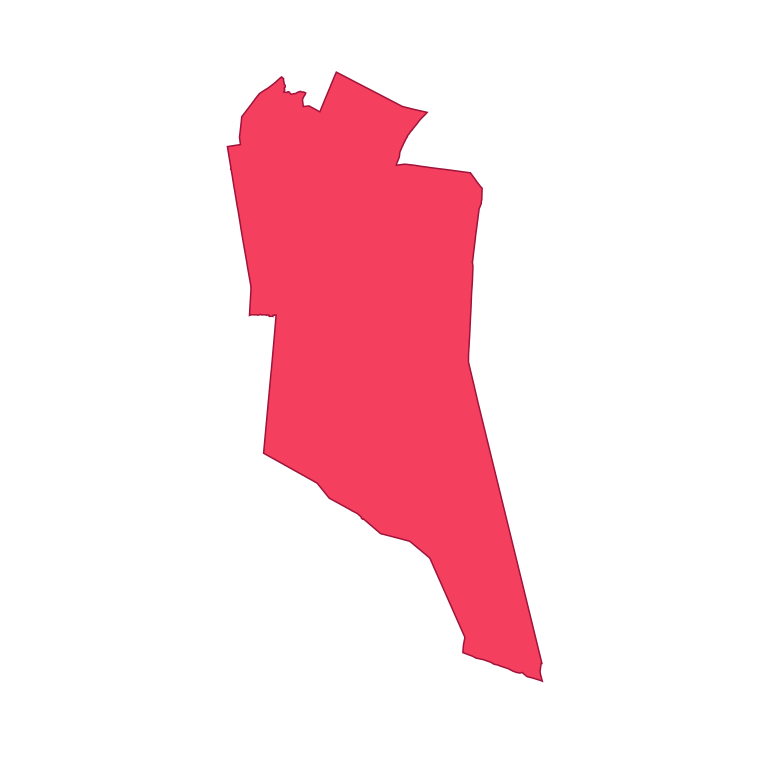 the district of Istria, Constanta, Romania, rotated 80°
{"feature_id": "2599482B58172881706540", "entity_name": "Istria", "entity_type": "district", "adm_level": 2, "iso_a3": "ROU", "parent_name": "Romania", "parent_adm1": "Constanta", "projection": "robinson", "projection_center": [28.695, 44.556], "detail": "fine", "context": "isolated", "style": "filled", "palette": "rose", "viewbox_px": 768, "rotation_deg": 80, "n_neighbors": 0, "source": "geoboundaries", "source_scale": "gbopen_adm2", "svg_char_len": 4802}
<svg xmlns="http://www.w3.org/2000/svg" viewBox="0 0 768 768"><g transform="rotate(80 384 384)"><path d="M704.1,279.7L696.9,280.3L694.0,280.2L686.4,277.7L686.6,277.0L419.3,294.6L402.6,295.5L397.4,295.8L382.2,296.7L378.0,296.9L377.1,297.0L374.9,296.6L369.6,295.6L366.1,294.8L362.6,293.9L356.4,292.5L353.3,291.7L350.2,291.0L336.4,287.9L330.6,286.6L327.3,285.8L321.4,284.5L318.6,283.9L311.7,282.4L308.2,281.6L305.9,281.0L303.9,280.5L300.5,279.7L297.0,278.8L296.9,278.8L284.1,276.1L282.9,275.9L281.4,275.9L280.0,275.8L279.6,276.0L278.9,275.8L278.9,275.6L278.7,275.5L276.8,274.9L274.4,274.2L270.4,273.0L265.9,271.6L259.9,269.8L256.3,268.7L254.1,268.1L250.1,266.8L248.7,266.4L246.3,265.6L244.1,264.9L240.5,263.8L238.4,263.1L237.0,262.7L232.1,261.2L231.6,261.0L228.7,260.1L228.1,260.0L225.9,258.5L223.4,257.0L220.5,256.2L219.6,255.7L218.4,255.5L212.7,254.3L209.8,253.7L209.5,253.6L209.4,253.6L208.1,253.4L207.7,253.7L206.7,254.4L206.0,254.8L203.7,256.0L201.2,257.3L199.3,258.2L198.7,258.5L198.0,258.8L190.9,262.3L190.9,262.7L189.1,268.3L185.2,280.5L183.1,287.2L181.1,293.8L178.9,300.9L177.6,304.7L177.2,306.1L176.9,307.0L176.6,307.8L176.5,308.4L174.4,314.4L173.7,316.5L173.3,318.0L173.0,318.7L172.9,319.2L172.8,319.7L172.7,319.8L172.6,320.5L171.6,323.5L171.4,324.4L171.1,325.5L171.0,327.3L170.9,328.9L170.8,330.7L170.8,331.7L170.8,332.2L170.8,333.1L170.8,333.4L170.8,333.6L170.7,333.6L170.7,333.8L170.4,333.6L169.5,333.3L168.7,333.0L168.2,332.7L167.2,332.0L166.3,331.4L165.4,330.9L164.0,330.0L163.2,329.6L161.0,328.8L159.2,328.4L157.6,327.6L154.6,325.6L153.8,325.2L152.2,323.9L150.9,323.1L149.2,321.8L145.9,319.4L145.0,318.5L144.8,318.3L144.2,317.9L143.6,317.6L143.2,317.3L142.8,316.9L142.2,316.1L141.8,315.6L141.5,315.3L140.9,314.9L140.5,314.5L140.0,313.9L139.6,313.3L138.9,312.5L137.3,310.7L135.2,308.4L134.8,307.8L132.8,305.6L130.8,303.5L128.5,300.5L125.5,296.2L124.0,294.3L118.7,306.9L114.2,317.0L113.6,318.1L96.9,339.8L80.7,361.0L79.4,362.7L77.9,364.6L68.6,376.8L73.8,380.2L83.4,386.3L95.3,393.9L104.8,399.9L104.7,400.2L103.4,401.7L101.7,403.8L100.8,404.9L100.1,405.8L98.9,407.3L97.1,409.6L96.9,413.2L96.7,415.3L93.4,415.1L89.7,414.9L88.4,414.0L86.7,412.8L85.8,411.8L83.9,410.5L82.9,411.7L82.4,412.7L82.3,413.7L82.0,414.7L81.3,415.3L81.6,417.9L82.6,420.8L82.4,422.6L82.7,424.6L82.3,425.0L82.1,425.5L79.7,426.9L79.5,427.9L80.0,429.0L79.0,432.1L78.6,431.7L77.7,430.9L76.5,430.6L76.0,430.8L75.9,430.8L75.3,431.0L75.1,430.9L74.7,430.0L74.3,429.7L72.9,429.4L72.6,429.5L72.2,429.7L71.5,430.2L71.3,430.2L69.4,430.1L67.0,430.2L66.6,430.2L66.0,429.8L63.9,431.4L64.0,431.5L64.5,432.2L64.2,432.5L64.6,433.0L64.9,433.6L66.4,436.0L66.5,436.1L68.6,439.5L69.7,441.5L71.0,444.0L72.4,446.8L73.1,448.6L73.8,450.2L73.8,450.3L75.6,454.5L76.2,455.8L76.5,456.4L77.1,457.1L79.2,459.4L80.8,461.3L81.3,461.8L81.5,461.9L81.7,462.1L86.6,467.3L90.5,471.6L91.1,472.3L91.5,472.6L95.2,476.7L95.8,477.5L96.0,477.6L97.5,478.1L99.7,478.7L100.6,478.9L100.8,479.0L101.3,479.1L102.1,479.4L104.6,480.1L112.3,482.4L113.1,482.6L113.9,482.9L115.5,483.4L116.0,483.5L123.3,483.8L123.0,497.0L141.7,497.2L143.6,497.2L144.4,497.2L144.7,497.2L145.3,497.6L145.5,497.7L146.0,497.7L146.4,497.3L152.9,497.3L157.4,497.4L163.5,497.5L168.3,497.5L176.4,497.6L184.4,497.7L185.9,497.6L186.1,497.6L189.2,497.6L196.3,497.7L203.4,497.8L204.8,497.8L205.4,497.9L218.6,498.0L224.5,498.0L228.6,498.0L231.9,498.0L233.8,498.0L240.4,498.0L244.1,498.1L248.9,498.1L255.8,498.1L259.4,498.1L264.2,498.1L267.3,498.5L267.7,498.6L268.0,498.6L268.7,498.8L292.7,504.5L293.1,504.6L293.0,503.7L292.7,502.9L293.0,501.7L293.1,500.9L293.4,499.7L293.5,498.8L293.7,498.1L293.9,497.3L294.1,496.6L294.3,496.0L294.3,495.5L294.3,494.9L294.2,494.5L294.1,494.3L293.9,493.8L294.0,493.4L294.2,493.1L294.6,492.9L294.8,492.5L294.8,491.8L294.9,491.0L295.0,490.7L295.1,490.1L295.4,488.3L295.7,488.3L295.9,488.0L295.8,487.7L295.6,487.6L295.8,487.0L296.2,485.3L296.6,485.2L296.8,485.4L297.1,485.5L297.4,485.3L297.6,484.8L297.9,482.0L298.1,481.7L297.8,481.7L297.5,481.7L297.2,481.6L297.0,481.2L297.0,480.7L297.3,480.0L297.1,479.7L297.1,479.2L297.4,478.3L314.5,482.8L351.7,492.8L352.2,493.0L358.0,494.6L396.0,505.0L431.3,514.6L441.2,502.4L470.0,467.1L487.0,457.7L502.8,438.0L503.1,437.8L503.5,437.4L503.6,437.1L506.8,432.9L511.1,429.4L511.6,429.6L512.2,429.6L512.5,429.4L512.7,429.0L513.4,428.5L513.5,428.4L513.5,428.0L513.3,427.7L530.8,413.3L539.5,394.2L541.5,390.0L543.4,385.9L551.5,379.1L551.9,378.8L551.9,378.7L563.4,369.1L647.2,348.4L648.1,348.5L653.8,350.7L654.5,351.0L662.2,353.0L665.1,348.1L667.5,344.0L669.9,341.0L672.6,334.3L676.6,327.1L679.0,324.4L680.1,321.7L680.8,320.2L681.8,318.8L682.9,316.7L684.5,313.7L685.9,311.1L689.1,307.0L691.1,303.5L692.3,300.3L692.1,297.9L693.9,296.6L697.0,294.0L699.6,288.2L703.8,280.1L704.1,279.7Z" fill="#f43f5e" stroke="#9f1239" stroke-width="1.5"/></g></svg>